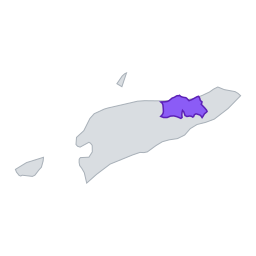 Baucau highlighted on a map of East Timor
{"feature_id": "TLS-546", "entity_name": "Baucau", "entity_type": "District", "adm_level": 1, "iso_a3": "TLS", "parent_name": "East Timor", "parent_adm1": "", "projection": "natural_earth1", "projection_center": [126.475, -8.563], "detail": "fine", "context": "in_parent", "style": "filled", "palette": "violet", "viewbox_px": 256, "rotation_deg": 0, "n_neighbors": 0, "source": "natural_earth", "source_scale": "10m", "svg_char_len": 1763}
<svg xmlns="http://www.w3.org/2000/svg" viewBox="0 0 256 256"><path d="M86.7,183.1L84.3,172.7L81.7,168.2L79.7,165.6L79.1,162.4L79.2,159.2L80.4,157.6L88.9,157.2L92.3,151.9L92.2,145.4L90.5,143.2L88.9,142.3L80.1,147.1L77.6,146.3L76.0,144.5L76.5,137.4L83.8,130.7L89.9,118.5L94.2,113.7L104.2,109.1L108.3,107.9L137.5,101.2L144.5,100.7L163.0,100.9L187.7,99.5L193.9,98.6L201.8,95.6L209.5,92.0L213.6,89.1L217.8,87.0L224.2,89.6L235.0,91.6L237.9,93.3L240.6,95.7L228.1,108.5L214.3,119.1L205.8,122.3L197.0,124.5L190.3,128.6L184.7,135.0L177.5,138.6L169.3,139.8L162.4,141.7L156.1,145.5L147.3,151.9L143.8,152.6L140.0,152.4L132.7,154.9L110.1,164.1L96.5,174.4L86.7,183.1ZM15.4,169.4L26.5,162.6L43.5,157.3L43.1,161.1L41.4,167.2L38.8,170.1L34.9,175.2L32.4,176.4L22.2,175.2L20.8,176.0L19.1,175.4L16.5,172.1L15.4,169.4ZM126.5,72.9L121.9,86.7L116.9,83.7L122.2,76.0L124.8,73.7L126.5,72.9Z" fill="#d9dde1" stroke="#a8b0b8" stroke-width="1"/><path d="M160.8,102.0L161.7,101.9L164.9,101.8L167.6,101.4L169.1,100.6L172.1,98.1L174.3,97.3L176.6,95.9L177.4,95.7L178.8,95.7L179.5,95.3L180.7,96.4L182.2,97.0L183.8,97.4L185.4,97.6L186.4,98.0L189.0,100.7L191.8,99.6L197.1,96.7L198.6,96.3L199.7,98.1L200.2,100.1L200.9,101.0L202.0,101.8L201.8,103.1L201.2,104.2L202.3,105.4L204.7,107.9L206.6,110.2L207.1,111.5L206.3,112.3L204.4,113.9L203.0,116.3L202.1,117.6L201.1,116.1L199.9,115.0L198.3,114.5L196.0,113.8L194.4,114.7L193.6,116.6L192.7,117.1L191.5,116.3L189.7,116.0L186.9,116.5L185.0,115.5L183.8,111.9L182.5,110.4L182.0,112.5L181.8,114.9L182.1,117.4L180.9,118.4L179.1,117.6L176.9,116.7L173.9,115.9L170.5,116.1L167.2,117.5L163.5,117.5L160.7,116.4L162.2,114.8L163.0,113.5L163.4,111.7L163.3,109.1L163.1,106.7L162.9,104.8L162.2,103.2L160.8,102.0Z" fill="#8b5cf6" stroke="#5b21b6" stroke-width="1.5"/></svg>